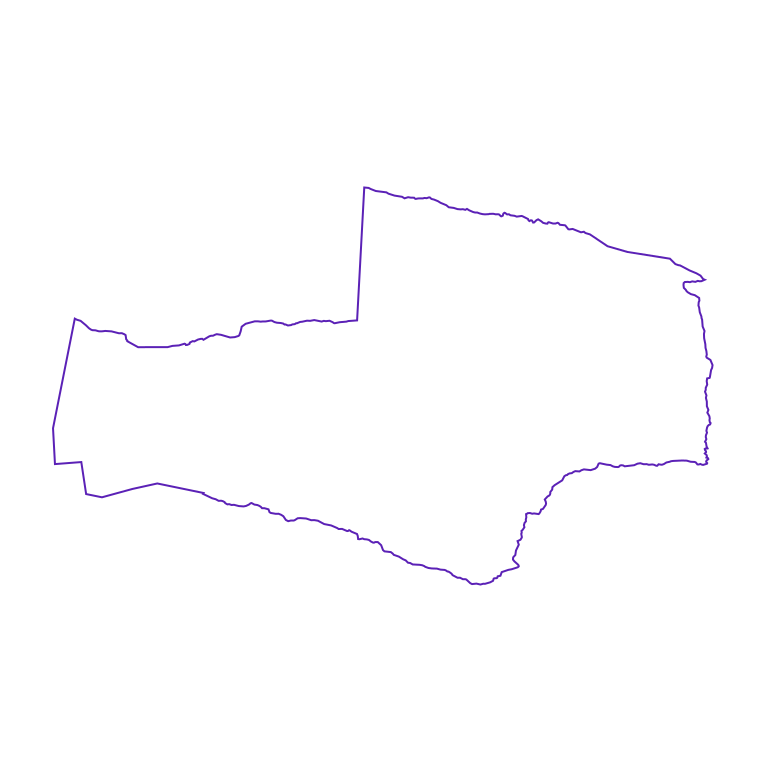 outline of Ullum, San Juan, Argentina, rotated 273°
{"feature_id": "61730980B46716169011508", "entity_name": "Ullum", "entity_type": "district", "adm_level": 2, "iso_a3": "ARG", "parent_name": "Argentina", "parent_adm1": "San Juan", "projection": "equal_earth", "projection_center": [-68.925, -31.048], "detail": "fine", "context": "isolated", "style": "outline", "palette": "violet", "viewbox_px": 768, "rotation_deg": 273, "n_neighbors": 0, "source": "geoboundaries", "source_scale": "gbopen_adm2", "svg_char_len": 6152}
<svg xmlns="http://www.w3.org/2000/svg" viewBox="0 0 768 768"><g transform="rotate(273 384 384)"><path d="M264.8,209.0L260.9,218.4L260.1,222.0L258.7,224.9L258.9,227.6L258.6,229.1L257.7,231.0L256.7,231.7L255.6,233.9L255.9,235.7L255.2,238.1L255.5,240.5L254.5,245.5L254.4,250.2L255.0,252.6L256.5,255.4L257.9,257.0L258.2,258.0L256.8,260.9L256.5,263.9L255.8,265.8L254.9,267.4L253.6,268.7L253.7,271.1L252.8,275.2L250.0,276.4L249.3,277.7L248.7,282.5L248.9,285.5L248.0,288.1L246.7,290.4L243.1,293.1L242.0,295.5L242.8,298.2L242.9,301.0L243.5,302.2L245.4,304.8L245.7,307.3L245.6,313.3L244.2,318.4L244.4,321.8L244.0,325.2L241.0,331.6L240.0,338.6L237.7,344.8L236.8,346.3L237.1,349.7L235.2,354.9L235.4,355.9L236.2,356.8L236.1,357.3L234.8,359.3L232.8,364.9L231.0,365.7L227.8,366.3L227.7,367.6L228.6,370.7L228.0,372.3L227.9,375.0L227.5,377.1L225.9,379.4L225.0,381.5L225.1,382.5L225.7,383.5L225.8,386.1L222.9,389.6L218.1,391.7L216.9,393.2L216.5,399.6L215.1,401.6L213.9,402.7L212.4,407.9L210.0,412.2L209.0,414.9L206.8,417.3L206.6,419.5L205.3,422.1L205.3,429.1L205.0,431.7L204.2,433.9L203.6,434.7L202.6,438.0L202.3,441.4L202.4,446.5L201.6,450.1L201.5,454.3L201.1,455.5L200.1,457.1L200.0,458.3L199.3,459.6L198.1,461.4L196.7,462.5L194.8,466.6L194.4,467.5L194.5,470.1L193.2,473.0L193.3,475.7L193.0,476.5L189.6,480.6L188.8,482.4L189.5,486.8L188.8,490.8L189.7,493.5L189.8,495.5L191.5,500.4L193.2,503.2L195.3,503.7L195.7,504.2L196.0,506.6L196.4,507.2L197.9,507.6L198.6,510.3L202.3,511.4L204.9,517.9L205.7,521.2L207.4,525.7L208.0,527.2L208.9,528.1L209.9,527.9L210.8,527.1L213.7,523.5L215.4,522.0L217.1,522.0L218.0,522.3L220.1,524.1L224.6,524.5L230.6,527.0L234.1,525.6L235.6,528.4L237.6,529.5L238.3,529.7L241.5,528.9L242.6,529.3L244.5,529.0L245.6,530.1L248.3,531.7L250.4,531.1L252.8,531.7L254.2,532.9L256.2,532.7L258.3,533.1L261.5,532.7L261.8,533.5L262.5,534.2L262.8,536.5L262.2,538.8L262.6,540.6L262.2,545.2L262.7,545.8L264.9,547.0L266.8,547.4L267.6,549.3L271.6,551.8L273.1,552.1L274.9,551.7L277.1,550.6L280.3,553.3L281.3,554.9L282.2,555.5L283.4,555.8L284.8,555.7L287.4,557.5L289.8,557.6L291.9,559.7L297.1,567.0L301.3,568.9L302.3,570.2L302.8,571.8L303.5,572.3L304.4,573.9L304.8,576.2L306.1,577.8L307.0,579.6L306.9,583.8L308.2,585.6L309.2,588.1L308.8,594.9L310.5,599.3L312.3,601.2L315.7,602.5L316.2,603.7L315.1,610.6L314.9,614.4L313.8,616.7L313.3,618.8L313.3,622.0L313.5,622.7L315.0,624.1L315.3,625.2L315.2,627.0L314.4,628.7L316.0,638.1L317.7,641.3L318.3,644.1L317.5,647.4L317.7,650.5L317.2,652.7L317.7,656.1L317.5,657.8L316.6,660.2L316.7,661.2L318.2,662.4L317.9,665.2L318.0,666.0L318.7,667.7L320.4,670.1L321.3,673.4L321.9,674.6L322.3,676.7L323.2,685.8L323.3,690.4L322.4,694.3L322.4,698.4L321.9,699.6L320.1,701.2L320.1,702.6L320.7,704.0L320.1,705.6L319.9,706.9L321.3,710.7L321.9,710.9L323.1,709.8L323.7,709.8L324.6,710.2L325.9,711.8L326.4,711.7L327.0,711.3L327.4,709.8L328.7,710.3L329.9,709.9L331.4,708.0L332.8,709.2L333.6,709.1L334.7,708.1L335.9,707.7L336.5,708.5L336.4,709.9L336.6,710.5L338.5,709.4L342.1,708.6L343.1,707.6L345.8,708.8L347.9,708.1L349.7,708.2L352.3,709.1L354.1,708.4L357.4,708.9L358.8,709.4L360.0,710.4L360.7,711.8L362.1,712.2L362.9,711.4L364.9,710.9L366.7,711.1L368.9,710.6L372.3,708.4L375.1,709.3L378.7,707.6L383.4,707.3L387.0,706.2L389.5,706.6L393.1,705.0L395.0,705.6L397.0,705.5L400.3,706.8L403.8,706.1L406.5,706.4L407.1,708.8L408.0,709.1L415.0,709.9L417.2,710.8L420.1,711.1L425.1,708.7L427.2,704.9L428.2,704.4L430.3,704.8L433.8,704.2L436.9,703.2L440.6,702.8L446.5,701.3L450.7,700.9L453.7,701.3L458.1,699.2L465.0,698.3L466.3,697.7L468.1,697.4L472.2,695.6L476.9,694.7L478.8,693.9L482.2,694.0L483.7,694.6L486.4,694.2L489.0,689.7L489.8,685.8L491.6,682.4L492.9,681.0L493.8,680.5L495.7,678.4L498.6,677.9L500.5,678.0L501.6,679.1L501.9,682.1L501.7,684.2L502.6,686.4L502.3,689.6L503.4,692.0L503.1,693.7L503.3,695.6L504.9,698.8L505.5,697.2L508.8,694.4L510.9,690.2L513.4,683.2L517.9,673.5L518.1,671.7L519.0,668.7L524.1,663.0L528.6,620.2L533.3,600.0L544.2,581.8L545.3,577.3L546.5,575.6L545.8,572.8L548.7,564.3L548.1,561.1L548.2,560.0L551.8,556.8L552.0,556.1L552.2,551.4L553.8,549.8L554.1,549.0L553.2,546.8L553.1,544.4L554.2,540.1L553.8,539.3L552.7,538.8L552.7,537.1L553.3,534.4L554.7,532.6L556.5,529.3L555.6,527.7L553.2,525.5L553.0,524.5L555.0,523.2L555.2,522.1L554.3,520.7L555.1,519.7L556.3,519.2L558.8,513.5L559.0,512.6L558.1,507.8L558.8,505.5L559.1,501.5L560.0,499.9L559.8,498.0L561.1,496.1L561.3,495.3L560.4,494.3L558.3,493.8L557.6,492.5L557.7,491.9L559.3,490.1L559.5,489.1L559.3,486.7L559.7,484.2L559.4,480.4L559.1,479.7L558.7,475.9L558.8,473.5L559.3,470.7L560.1,468.2L560.0,466.1L560.4,464.0L561.9,460.0L563.2,457.7L562.2,456.1L562.7,453.6L562.4,451.5L562.5,448.3L563.5,444.4L563.9,439.4L565.8,436.9L567.9,431.0L569.4,428.3L570.8,424.3L571.3,421.7L572.7,420.0L572.7,419.1L571.8,416.9L571.9,414.6L571.4,413.2L571.1,408.5L570.5,406.0L570.7,405.3L571.6,404.3L571.5,401.0L571.8,398.3L570.5,394.8L571.9,392.2L572.7,384.6L574.3,378.5L575.5,376.4L576.3,365.7L578.0,360.6L579.0,358.4L579.2,354.0L446.1,353.8L445.0,345.1L444.3,343.1L443.4,336.6L442.1,331.6L442.2,330.8L443.1,329.4L444.3,326.3L443.7,322.6L443.9,320.6L443.1,318.5L444.2,311.0L443.2,306.9L443.2,303.8L441.9,299.0L441.6,297.0L440.1,293.9L440.1,293.1L439.1,291.7L438.7,289.3L438.0,288.2L437.4,285.0L438.3,282.6L438.2,281.5L439.1,280.2L439.5,277.7L439.6,273.9L440.1,271.4L441.4,268.7L441.4,267.5L440.3,262.7L440.1,259.6L439.8,257.7L440.0,254.6L439.8,251.6L436.9,242.7L433.8,238.9L429.1,238.1L425.0,236.9L424.3,236.0L423.0,232.5L422.4,227.9L424.6,218.6L425.0,214.4L424.4,212.8L423.3,210.8L423.1,208.6L422.5,207.1L418.7,201.4L419.6,200.1L419.5,198.7L418.7,196.0L416.6,192.4L416.8,190.7L415.2,187.9L414.1,187.8L413.7,187.4L412.7,185.3L412.6,184.1L413.5,183.6L413.8,182.7L411.8,177.2L411.0,170.8L409.5,166.0L407.9,136.5L413.3,125.4L413.9,125.4L415.2,124.2L419.3,123.4L420.1,122.1L421.0,119.6L420.8,116.6L422.3,109.1L422.4,102.8L421.9,100.1L421.7,97.2L421.8,96.0L422.5,93.1L422.5,90.0L422.9,88.7L424.2,86.5L427.1,83.2L431.2,77.7L432.1,74.0L433.1,71.8L322.5,55.8L286.8,59.6L290.2,85.8L258.5,92.3L256.1,108.3L266.0,138.2L272.8,162.8L265.7,209.5L264.8,209.0Z" fill="none" stroke="#5b21b6" stroke-width="2"/></g></svg>